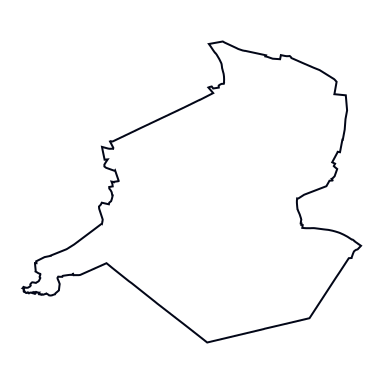 Gilze en Rijen, Noord-Brabant, Netherlands
{"feature_id": "6326949B41369938524082", "entity_name": "Gilze en Rijen", "entity_type": "district", "adm_level": 2, "iso_a3": "NLD", "parent_name": "Netherlands", "parent_adm1": "Noord-Brabant", "projection": "robinson", "projection_center": [4.88, 51.563], "detail": "fine", "context": "isolated", "style": "outline", "palette": "ink", "viewbox_px": 384, "rotation_deg": 0, "n_neighbors": 0, "source": "geoboundaries", "source_scale": "gbopen_adm2", "svg_char_len": 5196}
<svg xmlns="http://www.w3.org/2000/svg" viewBox="0 0 384 384"><path d="M99.2,208.8L102.7,219.5L102.5,221.3L102.3,221.7L102.3,222.3L102.0,223.7L101.9,223.6L101.5,223.9L93.3,230.1L74.1,244.5L66.6,249.2L50.4,255.7L50.5,255.9L50.0,256.0L44.6,257.1L35.4,261.7L36.2,261.6L36.3,261.7L36.4,261.9L36.5,262.9L36.5,263.2L35.0,263.1L35.0,263.6L35.7,270.7L35.5,271.5L36.8,272.2L37.7,272.8L38.4,273.2L38.8,273.4L40.3,273.9L40.4,274.1L40.1,275.5L39.8,276.3L39.6,276.8L39.8,277.5L40.3,278.0L40.1,278.6L39.7,279.2L39.1,280.6L38.7,281.1L37.9,281.7L37.4,282.0L36.6,282.4L36.2,282.8L35.9,282.9L32.6,282.3L32.1,282.4L31.6,282.7L31.2,283.3L30.6,283.9L30.3,284.4L30.3,284.6L30.5,285.1L30.7,285.6L30.3,286.0L30.2,286.2L30.1,286.4L28.1,287.6L27.0,287.8L26.6,287.8L24.4,287.3L24.1,287.1L23.5,286.9L23.4,287.0L23.3,287.5L23.1,287.7L23.4,287.7L23.5,287.8L23.5,288.1L23.5,288.3L23.4,288.5L23.0,288.6L23.5,289.0L24.0,289.1L23.7,289.7L23.7,290.0L23.9,290.4L23.9,290.5L24.2,290.6L24.3,290.7L24.4,291.1L23.9,291.1L23.7,291.1L23.7,291.3L23.8,291.6L24.1,291.9L24.6,292.1L25.2,292.1L25.4,292.2L25.6,292.5L25.8,292.8L26.2,293.0L26.8,292.9L27.6,292.5L27.9,292.5L27.9,292.4L28.1,292.4L28.4,292.7L28.5,293.2L28.7,293.3L29.0,293.3L29.2,293.0L29.3,292.9L29.7,292.9L30.1,292.7L30.4,292.6L31.0,292.7L31.3,292.6L31.6,292.8L32.0,293.0L32.4,293.0L32.4,292.8L32.3,292.6L32.9,292.4L33.1,292.2L33.2,292.3L33.4,293.0L33.5,293.0L33.5,293.3L33.9,293.3L34.1,293.3L34.2,293.6L34.6,293.8L34.9,293.8L35.2,293.8L35.3,293.7L35.0,293.1L35.2,292.9L35.3,292.7L35.7,292.4L35.5,292.1L35.9,292.1L36.1,291.9L36.4,292.0L36.3,292.3L36.4,292.5L36.9,292.3L38.0,292.5L38.4,292.6L38.7,292.7L38.8,292.7L38.7,292.8L38.5,293.2L38.6,293.3L39.1,293.0L39.3,293.0L39.3,293.3L39.2,293.6L39.4,293.7L39.8,293.9L39.8,294.0L39.7,294.2L39.6,294.3L40.3,294.4L40.5,294.3L40.7,294.2L41.1,294.3L41.7,294.3L41.6,294.6L41.6,294.8L41.9,294.8L42.7,294.6L43.2,294.7L43.5,294.6L44.2,294.4L44.4,294.2L45.1,294.1L45.6,293.9L46.1,293.9L46.2,293.6L46.3,293.5L46.7,293.8L46.9,293.8L48.7,294.9L49.0,295.3L49.6,295.4L50.0,295.5L50.5,295.5L51.5,295.4L51.9,295.4L52.3,295.1L52.8,295.0L53.8,294.6L54.3,294.5L54.6,294.3L54.9,294.3L55.0,294.3L55.1,294.2L55.3,293.6L55.4,293.4L58.9,290.4L59.2,287.8L59.3,286.9L59.6,284.6L59.7,284.0L58.7,281.3L57.8,279.2L57.6,278.7L57.5,277.9L58.2,276.7L58.9,276.7L60.0,276.8L62.0,276.8L62.3,276.8L62.4,276.4L62.4,276.2L62.7,275.9L63.6,275.7L67.8,275.1L69.4,274.9L70.0,274.9L70.5,274.8L70.9,274.9L72.4,274.9L72.4,274.6L72.4,274.4L72.6,274.3L72.7,274.2L72.8,273.9L73.1,273.8L73.4,274.6L73.6,275.2L75.6,275.1L79.1,275.1L80.3,274.9L106.5,263.2L112.6,268.2L128.9,281.2L131.7,283.2L155.2,301.9L157.4,303.7L188.0,327.4L207.2,342.5L264.0,329.0L264.4,328.8L273.9,326.6L309.5,318.2L336.0,277.6L339.3,272.7L348.8,258.2L351.6,258.0L351.7,257.4L353.0,253.7L353.9,251.6L354.5,250.9L356.1,249.8L357.0,249.6L357.7,249.3L361.0,245.8L359.0,244.4L358.7,244.3L358.7,244.2L354.4,241.2L354.4,240.9L352.6,239.6L352.2,239.6L351.9,239.6L348.8,237.6L347.6,236.8L345.0,235.4L343.7,234.7L340.2,233.1L338.6,232.5L335.4,231.5L332.4,230.7L329.5,230.1L328.5,229.9L324.0,229.4L314.8,228.2L313.2,228.1L310.3,228.2L309.8,228.2L306.2,228.2L304.5,228.1L302.3,227.9L302.7,225.1L301.3,224.9L301.5,223.5L300.7,223.4L301.0,221.1L301.3,219.7L301.1,219.0L301.0,218.4L300.4,216.6L300.0,215.3L299.7,214.4L298.2,211.0L297.7,209.5L297.5,209.4L297.2,206.6L296.9,202.9L296.9,201.8L296.9,200.8L297.0,199.8L297.1,198.4L298.3,198.5L304.2,194.7L304.5,194.6L326.4,186.2L329.5,180.7L332.5,180.5L332.6,180.3L331.7,178.8L332.1,178.7L332.1,178.8L334.6,176.3L337.2,169.0L334.6,166.9L333.8,166.1L335.1,163.7L332.2,162.3L337.5,152.4L337.7,151.8L340.0,152.2L342.4,139.7L342.8,139.8L344.7,129.6L345.5,119.1L347.1,110.4L346.4,102.3L345.8,95.3L334.4,94.2L334.5,93.8L334.5,93.7L336.6,81.8L334.8,79.8L334.2,79.2L320.9,70.9L319.6,70.1L313.6,67.7L302.7,63.0L291.8,58.2L291.5,58.1L291.3,57.9L291.0,57.2L289.7,56.0L289.1,56.1L286.8,56.2L285.2,56.0L280.9,55.1L280.1,59.2L272.7,58.7L267.2,56.8L265.4,56.4L266.0,55.3L245.4,50.9L244.7,50.9L244.0,50.7L242.8,50.5L241.6,50.1L238.3,49.0L236.1,47.9L224.5,42.5L222.8,41.5L208.9,44.0L210.5,46.2L212.5,49.2L212.6,49.4L214.9,52.7L215.1,52.7L215.8,53.5L216.7,54.7L219.3,59.1L221.2,63.0L221.5,63.8L221.7,64.8L222.1,68.0L222.2,68.6L222.4,69.1L222.8,70.8L223.6,73.7L223.8,75.1L224.0,76.7L224.1,79.3L224.1,79.5L224.0,82.4L224.1,82.6L223.9,83.5L223.8,83.8L223.0,83.8L221.5,83.9L219.9,84.7L218.8,85.5L218.7,85.6L218.7,85.9L218.8,87.6L213.2,88.5L212.7,87.8L211.7,86.5L210.0,86.9L208.4,87.5L213.2,93.1L199.7,100.0L199.6,99.9L182.6,108.2L141.2,127.8L112.6,141.5L110.5,141.2L110.3,141.8L110.2,141.8L113.3,147.8L113.3,148.0L113.1,148.8L112.5,148.7L109.8,148.8L109.1,148.7L108.3,148.6L102.0,146.9L102.7,150.5L104.6,159.7L107.7,159.4L105.9,162.1L104.4,164.6L104.4,166.5L106.1,167.8L114.5,170.8L114.8,170.8L115.1,170.4L118.7,180.9L118.7,181.0L118.0,181.3L117.4,181.3L114.3,181.8L114.1,182.2L113.2,181.9L111.5,181.6L112.4,183.9L112.7,186.4L109.2,187.0L109.3,188.6L110.3,189.8L111.1,191.1L111.7,192.3L112.0,194.0L112.3,195.5L112.7,195.5L111.9,198.8L111.1,201.2L109.3,202.6L108.9,204.3L101.8,202.7L100.9,204.5L100.4,205.1L99.2,206.3L99.0,206.5L99.0,206.9L99.2,208.8Z" fill="none" stroke="#020617" stroke-width="2"/></svg>